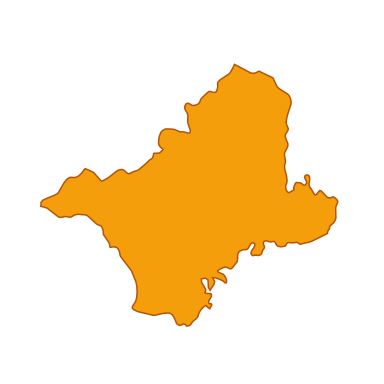 the Region of Ivano-Frankivs'k, rotated 101°
{"feature_id": "UKR-289", "entity_name": "Ivano-Frankivs'k", "entity_type": "Region", "adm_level": 1, "iso_a3": "UKR", "parent_name": "Ukraine", "parent_adm1": "", "projection": "natural_earth1", "projection_center": [24.645, 48.617], "detail": "fine", "context": "isolated", "style": "filled", "palette": "amber", "viewbox_px": 384, "rotation_deg": 101, "n_neighbors": 0, "source": "natural_earth", "source_scale": "10m", "svg_char_len": 6017}
<svg xmlns="http://www.w3.org/2000/svg" viewBox="0 0 384 384"><g transform="rotate(101 192 192)"><path d="M235.0,337.6L230.9,338.2L228.5,336.8L225.6,332.8L221.3,326.2L219.7,324.3L217.9,322.9L207.6,319.5L203.3,317.2L201.1,314.9L200.5,312.9L200.4,310.8L199.5,308.3L197.6,306.1L194.4,303.9L189.5,301.5L189.8,299.5L191.1,293.9L191.8,292.0L198.3,283.6L198.5,282.8L198.4,282.2L194.1,277.0L185.5,269.6L184.7,268.5L184.2,267.7L183.6,266.2L183.3,265.3L183.3,264.4L183.4,263.7L183.8,262.5L185.8,259.3L186.1,258.2L186.1,257.6L185.9,257.0L183.3,253.4L181.0,249.4L180.0,248.3L171.8,241.8L169.3,240.2L168.0,239.1L166.9,237.9L166.1,237.3L165.2,237.0L162.0,237.0L161.4,236.8L161.1,236.4L160.3,232.4L159.9,231.5L159.3,230.8L157.9,229.9L156.5,228.8L156.0,228.6L155.5,228.8L155.2,229.2L154.1,231.3L153.4,232.2L152.6,233.1L151.1,233.9L149.8,234.3L147.0,234.7L143.7,234.7L139.9,234.1L139.0,233.7L138.0,233.1L136.5,231.8L135.7,230.8L135.2,230.0L135.0,229.4L134.2,224.5L134.0,222.6L134.0,221.2L134.8,217.2L135.1,215.9L135.2,214.6L134.6,212.3L134.6,211.7L134.5,210.6L134.9,207.4L134.8,206.2L134.4,205.6L133.8,205.3L133.1,205.2L132.5,205.3L131.8,205.4L125.7,208.9L123.3,209.8L117.6,210.6L115.0,212.1L112.9,214.1L111.4,215.0L110.2,215.4L109.3,215.4L108.4,215.3L107.0,214.8L106.3,214.3L105.9,213.7L105.7,213.1L105.8,211.8L106.1,210.6L106.6,209.5L106.9,208.2L106.8,207.2L106.5,206.2L105.7,204.5L104.6,203.0L103.2,202.0L102.0,201.5L100.4,201.3L99.3,201.0L98.1,200.5L91.1,195.5L90.4,194.7L89.9,194.0L89.8,192.7L90.1,190.6L90.1,189.7L89.8,188.4L89.3,187.7L88.7,187.3L87.3,187.0L85.7,186.8L84.1,186.8L82.7,187.0L80.8,187.6L79.8,187.6L78.7,187.3L76.4,185.7L68.6,177.8L63.7,175.9L58.6,174.6L64.0,156.9L63.9,155.5L63.4,153.2L62.5,151.7L61.3,150.3L60.7,149.4L60.7,148.6L60.8,148.0L61.3,146.9L64.3,135.2L64.9,133.8L67.0,132.6L72.5,128.4L73.3,127.2L74.3,125.2L77.6,116.8L77.9,116.2L79.1,114.9L81.3,113.3L83.5,112.3L84.8,111.9L86.8,111.6L99.5,113.1L105.9,112.9L107.9,112.0L110.6,110.1L111.5,109.6L112.2,109.5L113.6,109.7L118.2,111.4L119.2,111.2L120.7,110.6L126.4,107.1L128.4,106.7L129.9,106.9L135.4,108.4L136.2,108.5L137.7,108.4L143.6,106.2L145.0,106.0L148.2,106.2L150.9,105.6L152.2,105.2L157.6,102.5L162.5,100.9L164.7,100.7L166.2,100.9L166.7,101.1L167.7,101.2L168.9,101.1L171.3,100.3L172.5,99.5L173.3,98.9L173.9,97.8L174.0,97.2L174.0,96.6L173.7,96.1L170.4,92.3L168.9,93.0L166.5,92.8L163.6,92.1L162.7,91.4L162.4,87.5L162.4,86.9L162.6,86.2L163.6,84.6L163.9,83.9L164.0,83.2L163.8,82.7L163.5,82.3L163.0,82.0L161.9,81.4L161.3,81.2L160.6,81.3L159.9,81.6L157.3,83.6L156.2,84.1L155.6,84.3L154.9,84.2L154.3,83.9L153.9,83.5L153.5,83.1L153.3,82.5L153.3,81.7L153.5,80.7L153.9,80.1L154.4,79.7L157.0,78.9L158.4,78.7L161.1,78.7L162.8,78.4L164.3,77.7L165.2,76.9L166.4,75.4L170.5,71.9L171.1,71.2L171.2,70.6L171.2,70.0L170.9,69.6L170.4,69.2L166.5,67.2L166.1,66.8L166.2,65.8L167.0,64.3L170.8,59.1L171.5,57.9L171.7,56.6L171.6,56.0L171.0,54.4L170.0,53.0L169.9,52.4L170.0,51.6L170.5,50.6L171.6,48.7L172.4,47.8L173.1,47.3L173.7,47.1L174.5,47.1L178.9,47.9L180.3,47.9L189.9,45.8L191.4,45.9L192.8,46.2L194.1,46.6L195.2,47.2L198.0,49.2L198.6,49.7L199.6,50.2L200.2,50.3L201.4,50.0L202.6,50.3L203.6,50.9L204.4,51.1L205.0,51.3L206.8,51.1L217.0,64.4L219.0,67.6L221.2,72.9L221.8,73.9L222.6,75.5L222.6,76.2L222.5,76.8L221.8,77.8L221.6,78.4L221.4,79.7L222.4,82.4L223.0,85.5L223.3,88.0L223.7,88.5L224.2,89.0L226.9,89.9L227.4,90.6L228.0,91.7L228.5,93.2L228.8,94.4L228.9,95.7L228.8,97.0L228.7,97.7L228.1,98.7L227.7,99.2L225.8,100.5L225.4,100.9L225.1,101.4L225.0,101.9L224.9,102.5L225.1,103.0L226.0,105.1L226.1,105.7L226.0,107.1L225.7,109.1L225.7,109.8L226.1,110.9L226.8,111.8L227.5,112.2L228.6,112.2L229.3,112.0L231.4,110.7L232.0,110.4L232.6,110.3L233.3,110.4L235.7,111.4L239.5,112.0L240.2,112.4L240.7,113.0L241.4,114.2L241.7,115.0L241.8,115.8L241.8,117.1L241.9,117.7L242.1,118.3L242.6,119.3L242.8,119.8L242.8,120.4L242.6,120.9L241.9,121.8L241.4,122.2L240.9,122.4L239.5,122.4L238.1,122.1L234.5,120.5L233.1,120.2L231.6,120.3L231.0,120.5L230.6,120.9L230.4,121.5L230.4,122.7L230.8,123.7L232.3,124.7L236.4,126.1L237.5,126.8L238.3,127.9L238.6,129.9L239.2,131.3L241.0,133.8L242.8,135.0L245.0,135.2L250.2,134.3L252.2,134.6L258.8,137.9L260.0,139.1L260.1,140.7L259.2,143.4L259.3,145.0L260.0,146.5L263.0,150.5L264.7,151.8L265.7,150.8L266.2,148.8L266.5,147.0L266.9,145.6L267.6,144.5L268.7,143.4L271.4,141.5L272.9,141.0L274.8,141.2L274.8,142.4L273.5,144.3L272.4,148.3L271.8,152.7L272.2,155.5L275.3,152.7L278.3,152.8L285.1,155.5L282.5,157.7L275.3,159.5L274.0,162.1L275.5,166.3L278.8,165.3L285.1,159.9L287.1,159.7L288.1,160.2L288.5,160.1L288.7,157.7L288.4,155.7L288.1,154.3L288.7,153.5L291.2,153.2L292.8,153.6L294.4,154.3L296.1,154.8L298.1,154.3L298.4,153.6L298.2,152.5L298.2,151.5L299.3,151.0L300.2,151.2L302.1,152.1L303.2,152.2L302.2,154.5L301.5,155.6L300.6,156.5L302.0,158.2L304.7,160.1L307.6,161.5L309.8,162.1L313.0,162.5L315.2,163.4L318.9,166.4L322.4,168.1L323.3,168.7L324.6,171.2L324.5,172.1L323.7,172.6L323.3,173.6L323.2,175.2L323.1,175.5L323.4,175.7L324.6,177.0L325.4,178.9L325.0,180.1L324.3,181.0L324.2,181.9L319.4,185.1L317.9,186.3L316.7,187.5L316.1,188.3L315.5,189.6L315.3,190.4L315.2,191.1L315.5,193.1L316.8,197.6L320.3,205.4L320.4,207.2L319.8,221.5L319.0,225.6L318.5,227.0L317.9,227.9L317.3,228.4L316.6,228.6L315.9,228.6L315.2,228.5L312.9,227.5L310.3,226.6L308.8,226.3L306.2,226.2L300.5,226.8L295.3,228.1L290.7,230.0L280.9,236.4L268.8,249.9L267.7,250.6L266.3,251.0L264.5,251.9L262.6,253.1L261.8,253.9L261.2,254.6L261.0,255.2L260.8,256.5L260.7,257.9L260.9,259.1L261.8,261.2L261.7,262.0L261.3,262.4L259.9,262.6L258.8,263.1L257.4,264.0L250.9,270.6L250.4,270.9L249.8,271.1L247.5,271.7L246.2,272.2L244.0,273.5L243.1,274.4L242.6,275.1L242.0,278.6L241.4,279.9L235.7,289.2L235.2,290.4L234.9,291.8L234.8,293.0L235.3,296.0L235.5,298.6L235.7,299.8L236.8,302.5L237.1,303.0L239.3,305.5L239.9,306.4L240.1,307.6L240.1,311.0L240.3,311.6L240.6,312.7L241.8,315.3L242.1,316.5L242.1,317.1L242.1,317.8L241.6,319.1L235.5,331.1L235.0,334.7L235.0,337.6Z" fill="#f59e0b" stroke="#b45309" stroke-width="1.5"/></g></svg>